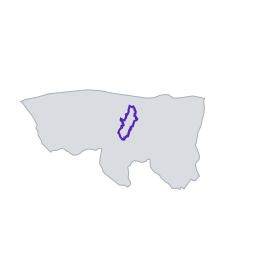 location of District #3, Grand Bassa, Liberia, rotated 146°
{"feature_id": "62588387B53220692513074", "entity_name": "District #3", "entity_type": "district", "adm_level": 2, "iso_a3": "LBR", "parent_name": "Liberia", "parent_adm1": "Grand Bassa", "projection": "orthographic", "projection_center": [-9.497, 6.317], "detail": "fine", "context": "in_parent", "style": "outline", "palette": "violet", "viewbox_px": 256, "rotation_deg": 146, "n_neighbors": 0, "source": "geoboundaries", "source_scale": "gbopen_adm2", "svg_char_len": 5991}
<svg xmlns="http://www.w3.org/2000/svg" viewBox="0 0 256 256"><g transform="rotate(146 128 128)"><path d="M48.0,109.8L50.1,108.1L53.1,102.5L57.4,97.1L61.4,93.9L64.5,90.6L67.8,88.1L72.6,85.1L79.8,77.4L81.6,76.5L82.7,71.1L84.6,64.3L86.7,62.2L91.6,60.9L92.8,59.7L94.5,54.9L95.6,49.3L95.7,48.1L97.7,48.0L101.0,46.8L102.9,47.3L103.8,48.9L104.2,50.3L114.3,46.8L115.2,46.1L115.7,46.2L117.0,49.4L117.7,49.2L118.3,48.3L119.0,48.2L119.8,48.6L120.5,50.1L121.8,51.4L124.0,52.3L125.4,53.6L125.2,57.0L125.8,60.2L126.7,61.0L127.2,62.9L127.5,65.1L128.0,66.2L128.4,68.4L128.2,70.7L128.6,72.4L130.2,75.2L131.2,78.7L131.2,81.3L130.6,83.9L129.5,86.3L127.7,89.0L127.5,90.0L128.6,90.7L130.3,90.8L131.7,90.3L135.3,91.5L137.2,93.2L138.8,95.4L140.3,96.5L141.0,97.8L143.5,97.5L146.4,96.2L147.0,95.5L147.9,95.9L149.8,96.0L151.1,93.6L152.2,90.9L154.5,88.0L155.6,86.9L155.9,85.0L156.0,82.6L156.8,80.5L158.7,79.3L160.8,79.3L161.9,79.8L162.4,81.8L164.1,83.3L165.5,84.4L166.2,84.8L167.4,86.0L168.5,90.1L172.9,103.4L172.7,107.0L171.8,109.4L171.8,111.7L171.5,114.0L168.8,117.8L161.0,125.6L161.6,126.2L163.5,127.1L165.4,127.6L167.0,127.3L168.9,129.3L171.1,131.7L173.3,132.9L176.6,134.0L179.4,134.1L181.8,133.7L185.2,134.2L188.8,136.2L190.1,139.5L191.0,142.4L192.3,143.9L192.5,146.4L195.1,148.5L198.7,149.0L203.5,151.5L204.7,151.4L205.2,151.1L205.8,151.5L207.0,159.0L208.0,162.9L207.5,164.5L206.9,165.8L206.8,171.8L204.7,175.2L204.4,179.0L203.7,180.3L201.4,181.4L201.4,184.3L200.8,187.8L200.6,191.5L201.3,201.3L201.4,208.6L202.5,209.9L198.0,209.3L184.7,203.8L174.6,200.7L140.5,182.5L131.0,175.2L120.1,164.3L95.8,142.4L90.3,138.9L83.4,137.2L79.1,135.3L76.0,133.3L73.6,127.2L67.5,123.6L56.4,118.4L48.0,109.8Z" fill="#d9dde1" stroke="#a8b0b8" stroke-width="1"/><path d="M132.5,121.2L132.6,121.3L132.5,121.6L132.5,121.8L132.3,121.8L132.2,121.9L131.9,121.9L131.9,122.0L131.7,122.2L131.4,122.3L131.2,122.4L131.1,122.5L131.1,122.8L130.7,123.4L130.5,123.6L130.3,123.7L130.1,123.8L130.0,123.7L129.9,123.4L129.4,123.9L129.0,124.2L129.0,124.4L128.9,124.5L128.8,124.8L128.7,125.0L128.4,125.2L128.2,125.1L127.9,125.0L128.0,125.4L128.0,125.5L127.9,125.6L127.7,125.5L127.6,125.4L127.4,125.4L127.3,125.5L127.3,125.8L127.1,125.9L126.9,125.7L126.8,125.9L126.8,126.1L126.7,126.2L126.4,126.0L126.3,125.9L126.2,125.9L125.9,125.8L125.9,126.0L126.0,126.1L126.0,126.3L126.0,126.5L125.9,126.6L125.6,126.5L125.4,126.8L125.2,126.9L125.2,127.2L124.8,127.1L124.6,127.1L124.4,127.2L124.1,127.0L123.9,127.0L123.6,126.8L123.4,126.7L122.8,126.9L122.8,127.0L122.9,127.4L122.8,127.5L122.5,127.6L122.2,127.6L122.0,127.8L121.7,128.1L121.4,128.4L121.1,128.4L120.9,128.6L120.5,128.8L120.4,128.9L120.4,129.2L120.3,129.3L119.9,129.5L119.7,129.7L119.5,129.9L119.4,129.9L119.0,130.1L118.7,130.3L118.2,130.2L117.9,130.1L117.2,129.8L116.9,129.9L116.6,129.9L116.3,129.9L116.0,129.8L115.8,129.9L115.7,130.0L115.4,130.1L115.4,130.3L115.2,130.7L115.4,130.8L115.6,130.8L115.8,130.7L115.9,130.9L116.0,131.0L116.1,131.3L116.1,131.5L115.7,132.0L115.4,132.3L115.2,132.9L115.1,133.1L115.3,133.3L115.5,133.3L115.6,133.5L115.7,133.8L115.9,134.1L116.1,134.3L116.0,134.5L115.9,134.6L115.7,134.6L115.3,134.9L115.2,135.1L115.2,135.3L115.0,135.5L114.9,135.7L114.8,135.8L114.7,136.0L114.3,136.0L114.0,135.7L113.9,135.7L113.6,135.8L113.5,136.0L113.4,136.2L113.3,136.7L113.2,136.8L113.0,136.6L112.9,136.7L112.9,136.8L112.9,137.0L112.7,137.1L112.5,137.3L112.3,137.5L112.2,137.7L112.3,138.0L112.3,138.3L112.4,138.5L112.5,138.7L112.4,138.9L112.2,139.1L112.4,139.4L112.5,139.6L112.2,139.9L112.1,140.1L111.9,140.2L111.7,140.3L111.7,140.7L111.7,141.2L111.7,141.7L111.7,141.9L111.6,142.6L111.8,142.7L111.8,142.8L112.1,142.7L112.5,142.7L112.8,142.8L112.9,143.0L113.0,143.4L113.3,143.6L113.8,144.2L114.1,144.4L114.1,144.8L114.2,145.4L114.3,145.5L114.9,144.9L115.1,144.7L115.3,144.4L115.6,144.2L115.8,144.0L116.1,143.9L116.3,143.7L116.5,143.4L117.4,142.8L117.4,142.7L117.5,142.5L117.7,142.1L117.9,141.9L118.0,141.9L118.2,141.7L118.3,141.2L118.6,141.0L118.7,140.8L119.0,140.6L119.3,140.5L119.9,140.2L120.1,140.0L120.4,139.8L120.6,139.6L120.9,139.5L121.3,139.4L121.5,139.3L121.6,139.5L121.4,139.9L121.4,140.0L121.5,140.2L121.6,140.4L121.8,140.4L121.9,140.5L122.0,140.5L122.0,140.4L122.1,140.2L122.3,139.9L122.4,139.7L122.5,139.6L122.5,139.4L122.7,139.2L122.9,139.0L123.0,138.8L123.2,138.6L123.2,138.4L123.4,138.3L123.8,137.6L124.0,137.6L124.4,137.5L124.5,137.6L125.1,137.3L125.3,137.2L125.6,137.0L125.8,137.0L126.0,136.9L126.2,136.6L126.5,136.2L127.0,136.5L127.4,136.8L127.6,137.0L128.0,137.9L128.3,138.4L128.4,139.1L128.5,139.2L128.8,139.2L129.0,139.2L129.0,139.3L129.1,139.2L129.4,139.1L129.5,139.0L129.5,138.7L129.8,138.3L129.7,138.2L129.6,137.9L129.6,137.7L129.5,137.4L129.4,137.2L129.4,136.9L129.4,136.5L129.4,136.4L129.3,136.2L129.5,136.0L129.5,135.8L129.4,135.6L129.5,135.3L129.4,135.2L129.5,135.1L129.4,135.0L129.5,134.9L129.4,134.8L129.5,134.6L129.6,134.4L129.7,134.2L129.7,133.7L129.7,133.4L129.8,133.2L130.0,132.7L130.4,132.6L130.5,132.7L130.8,133.0L131.0,133.1L131.2,133.3L131.3,133.3L131.6,133.4L131.8,133.3L132.1,133.4L132.3,133.4L132.5,132.9L132.7,132.7L132.6,132.3L132.6,132.1L132.7,131.8L132.7,131.7L132.8,131.6L133.0,131.7L133.6,131.7L133.8,131.7L134.0,131.7L133.9,131.8L134.0,131.8L134.5,131.8L134.8,131.7L135.2,131.4L135.5,131.3L136.0,131.3L136.1,131.2L136.4,131.2L136.6,131.0L137.0,130.6L137.2,130.4L137.5,130.3L137.8,130.1L138.0,129.9L138.7,129.4L138.6,129.2L138.5,128.8L138.5,128.2L138.5,127.7L138.5,127.3L138.7,126.8L139.0,126.4L139.1,125.6L139.3,125.2L139.4,124.8L139.1,123.1L139.2,122.0L138.6,121.0L138.4,120.9L138.2,120.8L138.2,121.0L137.9,121.2L137.6,120.9L137.6,120.7L137.4,120.6L137.2,120.8L137.3,121.0L137.1,121.2L136.9,121.1L136.7,121.3L136.4,121.2L136.1,121.2L135.9,121.3L135.9,121.5L135.8,121.4L135.6,121.5L135.4,121.7L135.0,121.6L134.9,121.7L134.8,121.8L134.7,121.9L134.1,122.0L133.7,122.1L133.5,122.3L133.2,122.3L133.1,122.2L133.4,121.8L133.4,121.6L133.2,121.6L133.0,121.4L132.8,121.1L132.6,121.1L132.5,121.2Z" fill="none" stroke="#5b21b6" stroke-width="2"/></g></svg>